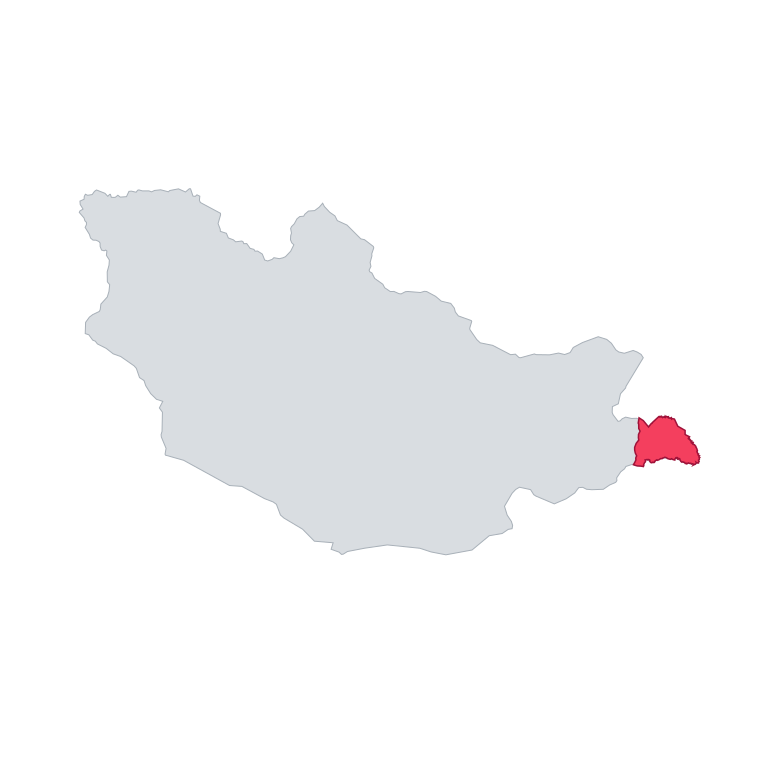 location of Xalx gol, Dornod, Mongolia, rotated 6°
{"feature_id": "93677404B3085807680593", "entity_name": "Xalx gol", "entity_type": "district", "adm_level": 2, "iso_a3": "MNG", "parent_name": "Mongolia", "parent_adm1": "Dornod", "projection": "albers", "projection_center": [119.062, 47.201], "detail": "fine", "context": "in_parent", "style": "filled", "palette": "rose", "viewbox_px": 768, "rotation_deg": 6, "n_neighbors": 0, "source": "geoboundaries", "source_scale": "gbopen_adm2", "svg_char_len": 8421}
<svg xmlns="http://www.w3.org/2000/svg" viewBox="0 0 768 768"><g transform="rotate(6 384 384)"><path d="M67.2,226.5L69.5,227.3L74.0,226.1L75.9,222.7L77.8,221.1L86.5,223.5L89.7,226.2L91.3,224.1L92.1,224.0L93.3,226.8L95.6,226.7L97.3,226.4L99.6,224.1L102.2,225.7L108.3,224.6L110.2,219.1L112.6,218.6L117.4,219.2L118.8,217.0L120.0,216.6L123.5,217.2L130.0,216.5L132.7,217.2L135.6,215.5L141.6,214.2L149.5,215.4L150.7,214.0L159.2,211.4L166.5,213.8L169.9,210.2L171.2,210.1L174.4,217.1L176.7,217.1L178.2,215.4L181.2,216.5L181.2,220.6L182.4,222.7L203.5,231.3L203.8,232.9L202.2,241.8L204.9,247.1L205.3,249.3L211.5,250.6L213.9,255.0L219.2,256.4L221.6,258.1L227.6,256.7L228.8,257.1L229.9,259.1L232.8,258.7L236.7,263.1L240.5,263.7L241.9,265.4L244.4,265.0L249.4,267.5L252.4,273.2L255.5,273.8L259.8,271.7L261.3,269.9L266.8,270.3L270.2,269.1L272.7,267.7L277.3,261.7L279.8,255.0L277.5,253.2L275.9,250.3L275.7,246.2L276.2,243.6L274.9,239.1L275.6,237.1L278.0,234.1L280.2,228.8L282.7,226.3L286.6,225.5L287.5,223.4L290.8,219.9L296.9,218.8L301.1,214.9L304.1,210.6L306.1,213.7L312.1,218.9L317.6,221.9L320.5,226.4L330.6,229.8L345.8,242.1L349.5,242.5L359.0,248.3L359.6,249.7L358.2,255.9L358.6,257.8L357.5,264.6L358.7,268.4L357.3,272.3L358.0,273.8L360.4,274.9L363.7,280.0L372.4,284.9L374.6,288.2L380.6,291.4L384.2,290.9L389.5,292.6L391.6,292.6L395.6,290.0L398.0,289.5L410.7,289.2L414.5,287.6L416.8,287.6L426.1,291.4L432.3,295.6L442.0,296.9L446.0,301.2L447.4,304.9L450.8,308.5L464.2,311.8L464.7,312.6L463.4,319.7L463.8,321.0L471.6,330.1L475.4,333.0L488.0,334.2L506.8,341.6L511.6,340.6L515.5,343.6L517.1,343.6L530.4,338.4L532.3,338.9L545.6,337.7L554.3,335.0L560.6,335.8L565.8,333.3L568.4,327.9L577.1,322.0L592.1,314.6L600.9,316.4L605.9,319.7L611.0,325.8L614.1,327.6L619.8,328.3L628.3,324.6L632.6,325.8L636.6,327.7L639.1,330.8L624.9,361.0L624.7,362.7L620.2,369.0L619.1,379.2L613.5,382.6L613.9,388.4L615.0,390.6L620.7,396.7L622.7,396.0L624.5,393.7L627.8,391.7L633.7,392.4L638.9,391.7L645.3,393.8L651.1,398.7L660.0,388.5L667.9,387.3L675.2,388.8L680.7,395.8L687.4,399.1L689.1,403.1L691.8,404.7L692.5,406.7L700.7,414.7L702.4,420.0L704.8,423.8L704.8,427.7L704.2,429.6L700.8,431.7L689.1,430.7L682.3,426.9L679.7,429.0L670.9,428.2L665.8,429.7L662.3,431.1L660.2,433.6L658.7,434.2L657.2,434.1L654.6,432.0L652.2,432.0L651.5,432.4L649.8,438.9L642.2,438.7L639.7,437.8L633.2,440.7L632.1,443.2L628.6,446.6L625.2,453.0L625.7,455.8L624.7,457.6L618.9,460.9L613.1,465.8L601.7,467.4L596.4,467.5L592.5,466.0L588.5,466.7L585.1,472.4L577.2,479.1L565.9,485.4L546.8,479.6L544.5,478.4L540.8,473.7L529.5,472.5L526.0,475.1L522.8,479.3L516.6,493.0L520.2,501.5L525.0,507.3L526.7,511.2L526.5,514.5L522.7,515.6L517.2,520.3L504.5,523.9L488.9,539.9L463.4,547.4L448.4,546.1L436.8,543.6L404.1,543.7L382.0,549.3L365.2,554.4L361.2,557.5L359.5,557.9L356.9,555.9L348.7,553.9L350.0,547.2L331.2,547.6L318.2,536.9L298.5,527.8L294.7,525.1L289.6,514.9L286.1,512.9L277.2,510.5L253.4,500.7L241.0,501.1L192.7,480.8L174.1,477.6L173.6,476.6L174.0,470.8L168.1,460.0L167.6,457.6L168.2,454.3L166.6,435.2L163.1,431.3L165.8,424.4L159.3,423.0L153.0,418.0L147.2,410.6L145.0,405.7L140.2,403.2L136.1,394.4L133.6,392.1L119.3,384.2L111.5,382.3L104.0,377.6L94.8,374.1L92.4,371.6L89.7,370.8L85.3,365.9L81.6,365.1L80.8,353.9L84.0,348.3L87.1,345.4L93.3,341.6L94.0,339.6L94.1,334.1L99.7,326.4L100.8,320.7L100.8,313.9L98.2,311.3L97.0,301.4L98.1,294.5L97.9,289.4L94.5,285.1L94.5,280.7L93.2,279.9L91.8,280.8L89.1,280.3L87.3,276.8L86.9,273.5L85.6,272.1L82.6,271.1L79.5,271.3L76.9,269.5L75.4,266.0L70.4,259.5L71.4,256.7L71.2,254.4L69.5,253.0L68.3,250.2L63.0,245.2L63.5,243.7L66.4,241.5L63.1,237.2L62.5,233.9L66.4,231.6L66.3,228.8L67.2,226.5Z" fill="#d9dde1" stroke="#a8b0b8" stroke-width="1"/><path d="M640.5,438.2L643.2,438.8L644.6,439.0L647.9,438.8L650.6,439.0L650.9,437.8L650.6,437.5L651.2,435.3L652.2,433.9L651.7,432.1L652.4,432.1L652.8,431.9L653.3,431.6L653.6,431.6L653.8,431.9L654.1,431.6L654.6,431.6L655.3,431.8L655.4,431.5L656.2,431.8L656.3,432.1L656.4,432.5L656.5,432.7L656.4,433.0L657.1,433.8L657.9,434.4L658.1,434.4L658.4,434.2L658.7,434.2L658.8,434.1L659.0,434.1L659.2,433.8L659.4,433.7L659.8,433.9L660.1,433.9L660.3,433.8L660.6,433.9L660.7,433.7L660.8,433.7L661.1,433.6L661.3,433.3L661.2,432.9L661.2,432.7L661.6,432.3L661.8,432.3L661.9,432.2L662.0,431.9L662.3,431.6L662.6,431.4L662.9,431.2L663.7,431.4L664.0,431.2L663.8,430.9L665.0,430.9L666.6,429.6L666.6,429.4L666.8,429.3L667.6,429.1L668.2,429.3L668.3,429.2L668.9,428.8L669.0,428.5L669.2,428.3L669.7,428.2L670.2,428.0L670.7,427.6L671.0,427.5L672.9,427.8L673.6,428.5L676.6,429.0L677.7,428.2L678.0,428.2L678.2,428.3L678.4,428.7L678.5,428.8L679.7,428.9L679.8,429.0L680.3,429.1L680.6,429.2L680.8,429.2L681.2,429.2L681.2,428.9L681.0,428.4L681.7,427.5L681.8,427.1L682.1,426.8L682.1,426.7L682.4,426.6L682.8,426.7L683.1,426.5L683.6,426.5L683.8,426.7L683.7,426.8L683.8,427.0L683.8,427.5L683.5,427.8L683.9,428.1L684.1,428.0L684.4,428.1L684.8,427.6L685.1,427.6L685.6,427.3L685.8,427.3L686.0,427.7L685.9,427.8L686.1,428.0L686.5,428.7L687.4,430.0L687.8,430.3L688.2,430.5L688.3,430.3L688.6,430.3L688.9,430.2L689.1,430.2L689.7,430.5L689.8,430.4L689.9,430.5L690.2,430.5L690.3,430.4L690.9,430.6L691.2,430.6L691.2,430.8L691.3,430.9L691.3,431.0L691.5,431.1L691.7,431.3L691.9,431.4L692.0,431.6L692.6,431.6L692.9,431.5L693.0,431.3L693.3,431.5L693.5,431.8L693.7,431.7L694.9,430.6L695.9,431.0L696.8,430.8L697.5,430.8L697.6,431.0L697.8,431.2L698.0,431.2L698.1,431.4L698.3,431.3L698.7,431.3L698.9,431.1L699.2,431.1L699.5,431.1L699.9,431.3L700.2,432.1L700.1,432.3L700.4,432.1L700.5,431.9L700.9,431.8L701.0,431.6L701.3,431.4L701.6,431.5L701.9,431.3L702.3,430.9L702.4,430.6L702.6,430.3L702.9,429.7L702.7,429.3L703.4,429.7L703.6,429.6L704.0,429.7L704.3,429.8L704.7,429.8L705.0,429.7L705.0,429.0L705.3,428.5L705.5,428.1L705.2,427.8L705.0,427.1L704.9,427.0L705.0,426.8L704.9,426.7L705.4,426.2L705.5,426.0L705.5,425.6L705.4,425.0L705.3,424.9L705.2,424.4L705.3,424.3L705.5,424.1L705.0,424.0L704.8,423.5L704.9,423.3L704.8,423.1L705.1,422.5L705.2,422.4L703.8,421.8L703.7,421.3L704.1,420.7L703.6,420.5L703.4,420.4L703.3,420.1L703.0,419.9L702.7,419.2L702.5,418.8L702.3,418.7L702.5,418.3L702.4,417.9L702.7,417.6L701.7,415.3L700.8,414.2L700.7,413.4L700.3,413.1L700.2,413.0L700.0,412.9L699.8,412.8L699.7,412.6L699.6,412.4L699.3,412.2L699.2,412.0L699.0,411.9L698.9,411.9L698.2,411.7L697.8,411.8L697.7,411.7L697.4,411.6L697.3,411.4L697.5,411.4L697.4,411.2L697.5,411.0L697.4,410.8L697.2,410.8L697.3,410.7L697.4,410.8L697.4,410.7L697.5,410.8L697.5,410.6L697.4,410.7L697.5,410.5L697.3,410.5L697.3,410.4L697.3,410.2L697.1,410.1L696.9,410.1L696.9,409.9L696.6,410.0L696.6,409.9L696.7,409.7L696.3,409.4L696.2,409.4L695.9,409.3L695.8,409.2L695.7,409.3L695.7,409.2L695.8,409.0L695.6,409.0L695.5,408.8L695.4,408.9L695.2,408.7L695.3,408.6L695.1,408.6L695.0,408.4L694.9,408.3L694.9,408.1L694.9,407.9L694.7,407.7L694.4,407.8L694.4,407.7L694.5,407.6L694.3,407.4L694.2,407.5L694.1,407.4L693.8,407.2L693.6,407.1L693.5,406.9L693.3,406.9L693.4,406.7L693.2,406.6L693.3,406.4L693.2,406.3L692.9,406.3L693.0,406.1L692.8,406.1L692.7,406.0L692.6,406.3L692.4,406.3L692.6,405.4L693.3,404.5L689.7,403.2L688.7,402.6L688.3,398.7L680.6,395.3L676.5,388.5L674.1,388.3L673.9,388.5L673.9,388.4L673.7,388.2L673.5,387.8L673.3,388.0L673.2,387.8L673.1,388.0L672.4,387.8L672.2,387.9L672.3,388.1L672.1,388.1L671.9,388.0L671.6,388.1L671.2,387.9L671.1,388.1L670.9,388.1L670.6,388.0L670.6,387.9L670.4,387.7L670.2,387.7L670.2,387.4L670.1,387.5L669.9,387.4L669.6,387.3L669.7,387.2L669.7,386.9L669.3,387.0L668.9,386.9L668.6,387.0L668.6,386.8L668.4,386.7L668.2,386.9L668.0,387.0L667.8,387.1L667.7,387.1L667.4,387.0L667.2,386.8L667.2,387.0L667.1,386.9L666.9,387.2L666.9,387.3L666.8,387.2L666.7,387.2L666.8,387.1L666.7,387.1L666.7,387.3L666.4,387.4L666.3,387.5L666.1,387.4L666.0,387.6L665.9,387.5L665.7,387.6L665.8,387.8L665.7,387.8L665.3,387.8L665.2,387.8L665.0,387.7L664.9,387.8L664.7,387.8L664.5,387.7L664.4,387.7L664.1,387.7L664.1,387.8L664.0,387.7L663.9,387.7L663.9,387.8L663.6,387.8L663.5,387.7L663.3,387.7L663.2,387.7L662.9,387.5L662.7,387.6L662.7,387.4L662.5,387.5L662.6,387.3L662.3,387.4L660.8,387.6L654.7,394.6L654.7,395.1L653.9,395.5L651.6,399.1L645.7,393.3L641.2,391.0L640.9,396.3L641.5,397.4L642.0,401.7L643.6,404.1L642.4,407.5L642.6,410.8L643.2,413.1L641.0,416.7L639.9,420.8L640.2,423.5L641.1,426.3L642.8,429.1L642.2,430.7L642.2,432.2L642.5,433.1L641.6,435.7L640.5,438.2Z" fill="#f43f5e" stroke="#9f1239" stroke-width="1.5"/></g></svg>